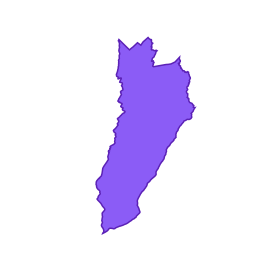 Buhera, Manicaland, Zimbabwe, rotated 53°
{"feature_id": "62879985B49874859197959", "entity_name": "Buhera", "entity_type": "district", "adm_level": 2, "iso_a3": "ZWE", "parent_name": "Zimbabwe", "parent_adm1": "Manicaland", "projection": "equal_earth", "projection_center": [31.813, -19.506], "detail": "fine", "context": "isolated", "style": "filled", "palette": "violet", "viewbox_px": 256, "rotation_deg": 53, "n_neighbors": 0, "source": "geoboundaries", "source_scale": "gbopen_adm2", "svg_char_len": 5738}
<svg xmlns="http://www.w3.org/2000/svg" viewBox="0 0 256 256"><g transform="rotate(53 128 128)"><path d="M197.0,211.7L197.5,208.8L197.7,206.5L197.6,205.6L197.1,204.2L197.1,203.0L197.5,202.3L198.7,201.0L199.9,200.1L200.4,199.1L200.3,198.0L200.8,195.8L201.0,195.3L201.4,193.6L201.7,193.2L202.6,190.5L202.9,188.9L203.5,186.9L203.7,185.1L203.7,183.0L203.9,180.8L203.7,179.6L203.8,178.9L204.1,178.1L204.1,177.1L203.9,176.3L204.1,175.8L204.1,175.4L203.4,174.1L203.1,171.9L202.9,170.2L202.6,169.3L202.1,168.9L200.1,168.3L198.6,167.7L195.2,167.1L194.9,166.5L194.4,166.3L193.9,165.6L192.0,164.6L191.3,163.9L190.3,162.2L188.6,158.5L188.3,158.0L187.8,156.4L187.5,155.7L187.3,154.6L187.2,153.1L186.5,151.1L186.3,150.1L185.8,149.0L185.7,148.4L184.9,147.0L184.2,146.3L183.8,145.7L183.7,142.9L183.1,141.1L182.9,139.6L182.7,135.6L182.2,133.7L180.0,132.1L179.5,131.3L179.1,130.3L178.8,129.2L178.3,127.9L177.8,127.3L177.2,125.9L176.2,124.0L175.3,121.2L175.2,120.3L174.6,118.9L174.5,118.3L174.1,117.6L172.7,116.0L172.3,115.3L171.9,113.9L171.4,113.3L170.7,112.8L170.0,111.5L168.3,110.4L168.0,109.6L167.6,108.8L167.3,107.8L167.2,107.8L167.0,105.3L166.0,103.2L165.7,101.0L165.7,100.4L165.5,99.4L165.4,98.8L165.1,98.7L164.8,98.2L164.3,95.2L163.4,94.8L162.5,93.9L161.8,93.6L161.2,92.6L160.5,91.8L160.0,89.6L158.7,88.0L158.6,87.3L157.8,85.7L157.7,84.2L157.4,83.2L157.1,82.3L156.7,80.2L156.3,79.4L156.1,78.9L156.5,77.9L156.7,76.5L156.6,76.0L156.8,75.4L158.0,74.0L158.3,72.7L158.3,71.9L157.7,70.5L156.9,70.2L156.0,69.6L155.3,68.8L154.3,68.8L153.9,66.1L152.9,64.5L152.1,62.4L152.0,62.7L150.7,63.3L150.0,62.1L149.6,61.9L148.9,62.0L148.4,62.4L147.7,62.1L146.8,62.1L145.2,63.1L144.9,63.3L144.1,63.3L142.9,63.1L141.3,61.8L141.1,61.8L140.7,62.3L139.9,61.9L139.6,61.9L139.1,62.2L138.9,61.6L136.7,59.7L136.2,60.0L135.9,60.0L134.5,59.7L134.0,59.4L133.6,58.7L133.3,57.3L133.1,57.1L131.6,56.9L130.9,56.3L130.5,55.7L130.7,54.5L129.8,53.7L129.5,52.7L129.2,52.4L128.7,52.6L128.5,52.3L128.4,51.2L127.9,50.7L127.0,50.5L125.8,48.3L125.1,47.9L123.5,47.7L122.3,47.1L121.3,47.1L120.5,46.4L119.7,46.1L119.3,46.6L118.9,46.6L118.9,47.7L118.4,47.8L117.9,48.2L118.0,48.8L117.9,48.9L117.0,48.9L116.6,48.7L116.0,48.8L115.2,49.8L114.9,49.6L114.0,49.7L113.2,49.5L112.4,49.7L112.1,49.4L111.9,49.4L111.7,49.7L111.3,49.3L110.6,49.3L110.0,48.8L108.8,49.3L108.4,49.3L108.1,49.2L107.8,48.6L107.4,49.0L106.8,48.9L106.8,48.7L107.2,48.2L107.0,47.6L106.6,47.4L106.4,46.3L105.8,45.8L105.6,45.7L104.7,45.7L104.2,45.4L103.2,45.4L102.8,44.6L102.5,44.3L103.6,50.7L102.7,55.1L101.4,57.6L100.2,59.4L94.6,70.4L94.2,70.8L93.6,71.0L93.2,70.8L92.6,69.6L92.0,69.4L91.6,69.0L91.6,68.2L91.5,67.9L91.2,67.8L90.7,68.0L90.3,67.9L90.0,67.5L89.6,67.4L89.4,67.7L89.4,68.4L89.0,68.9L88.7,68.9L87.7,67.3L87.1,66.7L86.9,65.8L87.0,65.0L86.8,64.3L86.1,63.2L85.3,61.4L83.9,59.6L83.8,59.0L83.8,58.3L83.1,58.5L83.0,58.9L82.7,59.1L82.4,60.0L81.8,60.7L80.7,61.0L80.0,62.0L79.4,62.1L78.9,61.4L78.4,61.2L78.2,60.7L77.9,60.5L77.7,60.1L77.4,60.1L77.4,60.6L77.1,60.6L76.1,59.1L75.6,58.8L75.4,58.5L75.4,57.6L75.2,57.2L74.8,57.3L74.5,57.6L73.9,57.6L73.0,57.2L71.9,56.3L71.5,56.2L71.3,56.3L71.2,56.8L70.9,57.0L70.3,57.0L69.5,57.4L67.8,57.5L68.3,64.1L69.6,67.9L65.6,69.1L66.3,75.4L66.3,77.2L66.5,79.8L51.9,82.0L52.2,82.5L52.5,83.2L52.8,83.3L53.8,83.0L54.5,83.8L55.6,83.9L56.2,84.7L57.2,85.6L58.5,86.2L59.7,87.7L60.7,88.7L61.7,89.2L63.2,89.6L63.9,90.0L64.7,91.3L65.2,91.7L67.4,93.2L67.9,94.3L68.2,94.8L69.1,95.2L70.1,96.1L70.8,96.4L71.1,96.9L72.8,98.2L73.4,99.2L74.1,99.5L75.6,101.4L76.3,102.1L76.5,102.4L77.8,104.3L78.1,104.9L78.3,105.1L78.8,105.2L79.4,105.8L80.0,105.9L81.7,105.1L82.0,105.7L82.5,106.3L82.8,106.4L83.0,106.2L83.2,105.2L83.6,103.9L83.9,103.5L84.1,103.4L84.7,103.8L85.1,105.0L86.3,107.0L86.6,107.0L88.3,105.6L88.7,105.6L89.0,105.7L89.8,106.3L89.9,106.5L89.9,107.0L90.0,107.4L90.2,107.7L90.8,107.8L91.6,107.7L92.1,107.9L92.7,108.3L93.9,108.6L94.5,109.3L94.3,111.2L94.6,112.2L95.2,112.5L95.6,112.6L95.8,112.5L96.1,112.8L97.3,113.1L97.8,114.0L97.9,114.6L98.8,116.5L99.2,117.8L99.6,118.2L100.1,119.4L100.4,119.8L100.7,119.9L101.7,119.3L101.9,119.3L102.1,119.7L102.5,119.6L102.8,119.0L103.0,118.8L103.8,118.7L104.8,118.1L105.1,118.2L105.3,118.3L105.6,119.0L105.9,120.0L106.3,120.6L106.6,120.9L107.9,120.5L108.8,119.9L109.1,120.0L109.5,121.0L110.0,121.4L110.9,121.4L112.5,120.5L113.2,120.6L113.5,121.2L113.6,121.8L113.6,122.2L113.3,122.8L113.4,123.4L113.4,124.8L113.8,125.9L113.7,126.6L114.1,128.1L114.1,130.3L114.3,130.9L116.8,131.2L117.6,132.0L118.2,134.0L118.5,134.1L119.5,134.1L119.7,134.3L120.6,137.3L120.9,139.2L121.0,140.6L121.4,141.3L123.5,141.6L123.8,141.3L124.1,141.2L124.7,141.1L125.2,141.3L125.5,141.4L125.8,142.4L127.2,142.6L127.9,143.0L127.9,144.0L128.4,144.9L129.3,145.2L131.0,147.0L131.9,147.2L132.2,147.5L132.5,149.2L132.0,152.3L132.0,153.4L132.2,153.6L132.7,153.5L133.2,153.7L133.4,154.0L133.3,154.7L133.5,155.0L134.2,155.3L134.4,155.5L134.5,155.8L134.4,157.1L134.5,157.3L135.2,157.9L136.0,158.1L136.4,158.4L136.4,158.2L138.7,161.3L139.8,161.9L141.1,162.4L141.5,163.0L141.8,164.0L142.2,164.8L144.0,170.2L145.0,172.4L148.8,176.2L149.7,177.5L150.1,177.8L150.3,178.5L150.7,181.5L150.9,181.4L150.9,182.8L151.4,184.7L151.9,185.7L152.3,186.1L154.1,187.6L154.7,187.6L156.3,188.6L157.6,188.9L158.4,188.9L159.3,188.8L160.8,188.4L162.0,188.7L162.6,189.4L163.4,189.5L163.7,189.7L163.9,189.9L164.6,192.6L165.0,193.3L165.5,193.6L165.8,194.4L165.9,195.1L166.2,195.5L167.9,195.5L168.2,195.4L172.0,195.0L175.1,195.4L178.1,195.2L178.9,195.4L179.4,195.9L179.6,196.4L180.3,199.5L180.6,200.0L182.4,201.2L183.6,201.8L184.5,202.9L186.3,204.7L187.8,205.1L188.4,205.6L189.1,207.1L190.0,208.0L191.4,208.3L192.8,208.3L194.3,208.6L195.6,209.2L196.3,209.9L196.8,211.4L197.0,211.7Z" fill="#8b5cf6" stroke="#5b21b6" stroke-width="1.5"/></g></svg>